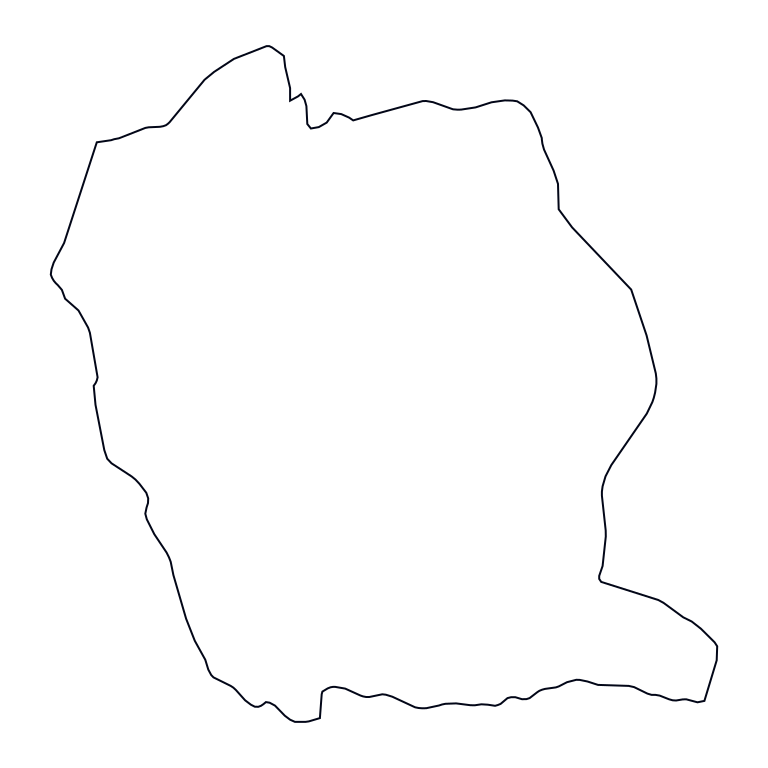 the border of Phichit
{"feature_id": "THA-401", "entity_name": "Phichit", "entity_type": "Province", "adm_level": 1, "iso_a3": "THA", "parent_name": "Thailand", "parent_adm1": "", "projection": "natural_earth1", "projection_center": [100.371, 16.251], "detail": "fine", "context": "isolated", "style": "outline", "palette": "ink", "viewbox_px": 768, "rotation_deg": 0, "n_neighbors": 0, "source": "natural_earth", "source_scale": "10m", "svg_char_len": 2531}
<svg xmlns="http://www.w3.org/2000/svg" viewBox="0 0 768 768"><path d="M269.2,46.1L272.1,47.5L283.9,56.0L285.2,67.1L290.1,88.1L290.1,100.7L298.0,96.4L301.0,94.0L304.6,99.7L306.4,106.1L307.3,124.0L310.9,128.5L318.8,127.1L326.7,122.6L333.6,113.0L341.3,114.1L349.1,117.6L353.2,120.4L372.1,115.0L422.6,101.1L426.1,101.0L433.1,102.2L453.0,109.3L457.7,109.7L461.1,109.6L475.6,107.4L491.5,102.3L504.8,100.4L512.5,100.6L517.2,101.3L523.7,105.4L530.6,112.2L538.0,127.6L541.8,138.1L541.8,139.1L542.4,143.7L544.0,149.5L553.6,170.6L558.0,183.9L558.7,209.3L572.1,227.4L631.2,289.6L646.6,335.5L655.8,373.4L656.4,378.5L656.4,383.9L655.1,392.6L653.8,397.8L652.4,402.0L646.8,413.6L611.3,465.1L605.5,476.4L602.6,486.3L601.9,491.6L601.9,495.6L605.7,530.5L605.8,536.5L602.6,566.0L599.2,575.9L599.2,578.9L601.2,581.9L658.3,600.0L663.6,602.9L683.2,617.3L691.7,621.5L701.0,628.8L714.6,642.3L717.2,646.3L716.7,660.3L704.4,700.9L697.5,702.3L686.2,699.3L682.8,699.4L676.1,700.5L672.7,700.3L669.1,699.3L659.7,695.6L655.6,694.9L651.7,694.9L647.4,693.6L634.1,687.1L628.7,685.9L598.0,684.9L587.5,681.5L579.7,679.9L576.3,679.8L567.0,682.2L558.8,686.4L555.9,687.4L545.0,688.9L542.1,689.7L539.4,690.8L537.4,692.1L529.6,698.1L526.5,699.1L522.0,699.2L515.3,697.2L511.1,697.2L507.5,698.1L500.6,703.9L497.9,705.0L495.1,705.8L487.8,704.7L481.4,704.3L474.7,705.3L470.4,705.2L456.1,703.4L445.4,703.8L442.0,704.5L439.0,705.5L426.3,708.2L422.5,708.3L418.6,708.0L415.1,707.3L392.3,696.7L385.8,694.7L382.3,694.3L369.3,697.0L366.1,697.0L363.0,696.4L360.4,695.5L345.2,688.6L335.3,686.9L332.8,686.9L330.5,687.3L327.7,688.4L322.4,691.6L321.7,694.2L319.9,718.1L308.8,721.4L305.3,721.9L295.0,721.9L290.1,719.7L284.8,715.7L275.0,705.6L269.6,702.7L265.9,702.1L263.5,704.1L261.0,705.8L258.3,706.8L254.8,706.7L250.9,704.7L245.1,700.3L235.9,690.0L233.3,687.6L230.7,685.9L213.5,677.4L211.2,675.0L208.3,669.6L205.3,659.8L194.8,640.8L186.1,618.7L173.4,575.1L170.7,561.8L169.0,557.4L166.6,552.6L154.3,534.2L146.8,519.3L145.3,513.7L146.6,507.4L148.0,503.1L148.2,498.4L146.3,492.8L139.5,483.9L135.5,479.6L131.7,476.5L111.5,463.3L107.2,458.7L104.3,450.1L95.5,404.8L93.7,385.8L95.6,383.1L96.8,380.5L97.6,377.3L89.9,332.8L88.1,327.6L78.5,310.5L65.1,298.7L61.9,289.9L57.8,285.1L55.8,283.2L53.8,280.8L52.1,277.9L50.8,274.6L51.5,269.3L53.7,262.6L64.1,243.0L96.8,142.3L111.1,140.2L114.2,139.2L118.9,138.3L145.4,127.9L148.7,127.3L159.9,126.8L163.2,126.2L166.0,125.2L167.9,123.8L169.6,122.2L204.6,79.7L214.1,71.9L233.9,58.9L266.6,46.1L269.2,46.1Z" fill="none" stroke="#020617" stroke-width="2"/></svg>